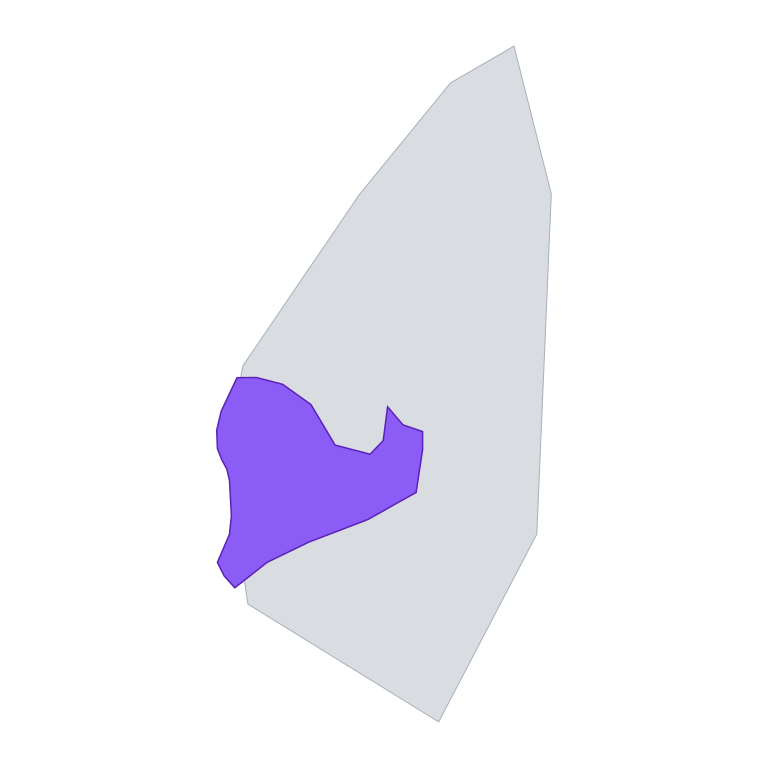 Soufrière highlighted on a map of Saint Lucia
{"feature_id": "LCA-5085", "entity_name": "Soufrière", "entity_type": "Quarter", "adm_level": 1, "iso_a3": "LCA", "parent_name": "Saint Lucia", "parent_adm1": "", "projection": "albers", "projection_center": [-61.032, 13.851], "detail": "fine", "context": "in_parent", "style": "filled", "palette": "violet", "viewbox_px": 768, "rotation_deg": 0, "n_neighbors": 0, "source": "natural_earth", "source_scale": "10m", "svg_char_len": 660}
<svg xmlns="http://www.w3.org/2000/svg" viewBox="0 0 768 768"><path d="M536.8,534.1L438.7,721.9L247.9,604.1L226.1,455.8L242.8,365.9L359.5,194.4L450.4,83.0L514.0,46.1L551.3,193.9L536.8,534.1Z" fill="#d9dde1" stroke="#a8b0b8" stroke-width="1"/><path d="M234.8,587.8L224.2,576.0L217.4,562.4L229.5,534.2L231.4,516.0L229.5,480.6L226.8,469.0L221.8,459.9L217.4,448.5L216.7,430.2L221.2,411.2L237.0,377.7L256.3,377.5L282.6,384.3L311.0,404.6L335.1,445.1L370.1,454.2L383.2,440.6L387.6,406.8L402.9,424.8L422.6,431.6L422.6,449.6L416.1,492.5L397.0,503.1L386.0,509.4L367.9,519.5L308.8,542.1L267.2,562.3L234.8,587.8Z" fill="#8b5cf6" stroke="#5b21b6" stroke-width="1.5"/></svg>